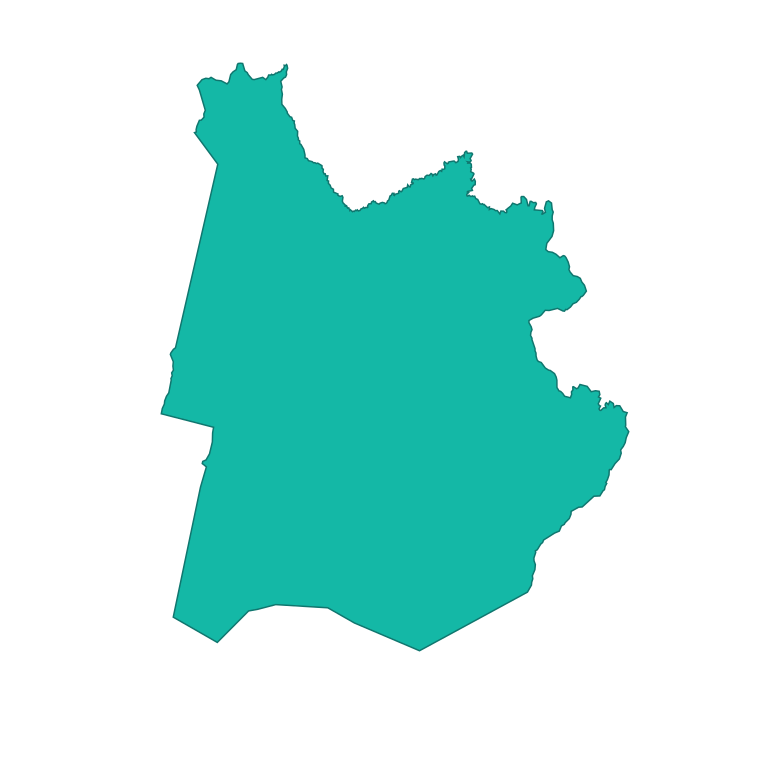 Goudiry, Tambacounda, Senegal (Natural Earth projection), rotated 193°
{"feature_id": "50182788B18390590381778", "entity_name": "Goudiry", "entity_type": "district", "adm_level": 2, "iso_a3": "SEN", "parent_name": "Senegal", "parent_adm1": "Tambacounda", "projection": "natural_earth1", "projection_center": [-12.97, 13.973], "detail": "fine", "context": "isolated", "style": "filled", "palette": "teal", "viewbox_px": 768, "rotation_deg": 193, "n_neighbors": 0, "source": "geoboundaries", "source_scale": "gbopen_adm2", "svg_char_len": 6169}
<svg xmlns="http://www.w3.org/2000/svg" viewBox="0 0 768 768"><g transform="rotate(193 384 384)"><path d="M488.3,94.7L464.9,132.4L456.5,136.0L439.9,144.7L388.4,153.3L359.1,144.5L289.4,132.1L197.4,213.5L195.1,221.2L195.5,224.1L195.2,227.6L196.3,230.6L195.2,237.0L195.9,242.1L198.0,245.4L198.8,248.1L198.3,254.0L199.0,255.5L197.4,256.9L195.3,263.2L193.8,265.2L193.4,267.9L184.3,277.1L180.1,280.1L179.2,285.6L176.8,287.8L176.3,289.6L173.2,294.6L172.5,299.1L173.0,302.0L166.7,307.7L163.2,308.8L154.2,321.9L148.5,323.5L146.6,329.1L145.4,330.6L145.5,334.0L144.6,337.2L145.7,337.9L144.8,341.1L144.3,346.0L145.2,350.9L144.8,351.5L143.4,351.6L141.0,358.4L137.8,363.9L137.3,369.9L138.6,373.0L136.8,377.0L135.8,381.1L135.9,386.2L134.8,392.6L139.2,396.7L139.2,398.2L141.3,406.2L140.6,410.7L144.7,411.0L149.4,415.8L152.8,415.2L154.5,412.9L156.2,416.6L160.1,418.1L160.8,414.4L163.1,415.8L163.7,415.0L163.8,413.3L162.4,410.8L164.7,410.1L166.8,407.0L167.7,406.9L168.9,408.1L168.1,411.2L169.4,411.5L170.8,412.9L169.6,418.9L172.1,419.6L171.3,422.2L172.7,425.3L176.4,425.0L180.4,423.1L185.5,427.4L192.9,427.6L194.0,423.8L195.3,422.7L198.8,424.0L199.4,423.6L198.6,420.8L199.6,418.5L198.8,416.1L199.3,412.5L205.3,412.7L207.7,415.0L210.2,416.5L212.0,416.7L214.7,419.5L216.4,426.6L217.8,429.5L220.2,432.5L225.1,434.6L226.6,434.5L230.5,435.9L235.6,440.3L238.7,440.7L240.3,442.0L242.1,445.4L242.9,448.4L244.3,450.3L244.8,452.4L249.9,460.7L250.1,461.9L252.1,464.2L252.5,467.5L252.0,470.2L253.4,472.8L256.6,476.4L257.0,478.5L253.7,481.6L247.7,485.0L246.2,486.8L243.5,492.1L239.6,492.8L231.9,496.7L226.1,495.4L224.5,495.6L223.8,497.5L222.4,497.6L219.6,501.0L217.9,504.7L214.9,506.9L212.7,510.7L211.7,513.5L210.8,513.8L209.7,515.3L207.7,520.0L210.9,525.3L214.2,527.9L216.5,531.1L219.8,532.2L224.0,532.1L228.0,535.1L229.6,537.2L229.6,539.9L232.0,544.3L235.1,548.1L236.8,549.4L238.2,549.4L241.0,546.6L245.5,549.1L249.5,550.2L253.8,549.9L256.6,551.4L257.0,557.7L253.5,565.6L253.2,571.5L255.2,578.7L257.1,581.9L257.9,585.6L257.8,589.6L259.3,591.6L261.5,598.0L264.9,599.5L266.8,598.0L267.1,591.3L265.3,587.6L267.8,585.2L268.4,585.2L267.8,587.6L268.7,588.6L276.7,587.5L276.8,590.2L276.0,593.8L277.0,595.0L279.4,594.3L281.7,595.1L282.7,594.8L282.7,590.3L283.8,590.1L286.7,595.9L290.0,598.1L292.1,597.6L292.5,596.9L291.0,591.3L294.5,588.5L299.3,589.1L300.5,585.9L303.5,582.2L303.5,581.3L304.1,581.2L303.0,579.3L303.3,578.4L304.9,578.3L306.3,579.3L309.0,578.8L309.4,575.8L312.7,578.5L314.3,578.0L316.1,578.8L319.2,579.0L320.6,577.7L321.1,580.2L322.7,579.1L326.9,581.5L327.4,581.1L328.7,581.8L329.6,581.1L331.1,581.2L334.2,584.9L336.3,585.3L337.9,587.4L339.4,586.7L340.0,587.2L341.6,586.2L343.6,587.1L344.6,585.9L345.6,586.1L346.0,587.5L344.6,589.6L346.0,589.9L345.7,590.5L341.4,592.5L342.6,594.4L341.2,597.9L340.0,598.7L340.6,602.0L342.1,604.0L343.7,601.6L344.6,601.7L345.5,602.7L345.7,603.2L344.9,603.3L343.6,608.9L344.2,609.6L347.3,610.4L347.3,612.8L348.2,614.0L347.5,614.7L348.4,617.8L349.6,618.6L352.0,618.1L351.8,618.9L352.5,619.3L350.6,619.4L349.5,620.7L349.4,621.4L350.8,622.9L349.4,627.9L350.4,628.8L354.7,627.6L355.8,629.3L356.4,629.3L357.5,627.7L357.1,623.4L358.3,624.8L359.8,623.2L360.3,621.8L361.5,622.8L363.3,622.1L362.0,619.7L361.9,617.6L363.7,615.8L365.7,617.0L366.5,616.8L370.5,615.1L371.2,614.5L371.1,613.4L372.0,612.8L375.0,614.1L375.3,612.9L374.6,610.8L373.8,610.2L373.2,607.4L374.4,606.5L375.7,606.4L375.7,604.2L377.1,604.7L378.4,603.4L379.4,599.7L380.1,599.2L381.0,600.4L382.7,599.3L383.2,597.8L384.4,599.3L385.5,599.7L386.8,597.4L389.1,597.1L390.6,595.4L390.6,594.0L391.3,592.7L393.5,592.9L394.2,592.2L395.2,592.4L396.6,590.8L399.4,590.7L400.4,590.0L401.6,590.5L402.4,590.0L402.5,586.5L400.9,586.5L400.7,585.8L402.9,584.0L402.8,582.0L403.9,581.9L405.7,583.4L405.6,580.8L409.2,578.8L409.8,576.2L410.6,575.1L412.5,575.8L413.0,575.1L412.6,573.1L415.8,571.4L416.3,570.0L417.0,570.3L417.2,572.0L418.8,571.7L419.4,569.4L420.4,568.6L420.7,564.4L421.8,563.0L421.8,561.6L422.7,560.3L423.5,559.9L424.2,560.5L426.4,560.6L428.5,559.3L429.2,558.1L432.2,558.5L433.6,559.8L434.9,559.3L435.5,560.1L437.1,558.5L437.1,556.8L439.3,556.1L440.0,554.1L439.6,552.6L440.0,552.1L441.2,552.1L442.6,550.9L443.7,551.6L444.5,550.2L445.8,549.5L446.3,547.8L448.0,546.8L449.2,547.7L449.9,546.7L450.8,547.0L451.8,545.4L452.9,545.5L453.5,544.8L455.6,546.0L456.3,545.4L456.4,546.4L457.6,546.9L458.0,547.7L459.1,547.2L460.6,549.3L461.4,548.6L461.8,548.5L462.1,549.7L464.7,551.3L465.7,552.8L466.0,556.6L467.1,558.0L468.8,557.0L470.1,557.1L471.5,557.6L471.6,558.8L476.3,559.6L477.1,562.4L479.7,563.2L481.2,565.6L483.3,567.0L483.7,569.3L485.2,569.5L485.6,574.2L487.5,573.6L488.6,575.6L489.6,575.2L491.2,577.2L491.4,579.6L492.8,580.2L493.6,582.8L498.2,584.3L499.6,583.6L501.1,584.1L502.5,583.7L504.0,584.5L507.8,584.6L509.5,586.4L511.9,586.6L512.5,589.4L515.0,594.6L518.8,598.7L520.2,599.2L520.8,601.9L522.5,602.7L522.7,604.2L524.1,606.1L525.0,610.8L528.1,613.2L529.4,616.8L530.3,618.1L530.5,620.1L532.2,620.3L534.0,623.1L535.8,623.3L539.2,626.2L539.4,627.2L542.2,630.3L546.4,633.5L547.7,638.4L548.2,643.5L550.2,647.9L550.1,650.5L552.7,655.7L550.6,659.5L549.0,660.9L548.5,663.5L549.4,666.2L548.9,669.9L550.2,672.8L550.9,673.3L551.3,672.2L553.0,672.1L552.5,671.0L552.9,667.9L554.0,667.8L554.4,666.0L556.3,664.1L556.8,664.4L558.1,662.9L559.4,662.6L560.4,661.0L562.1,660.1L563.2,660.5L563.6,659.7L565.9,659.1L566.2,656.9L567.6,654.0L571.2,655.5L578.9,651.4L580.9,651.2L585.9,654.9L587.3,656.6L590.0,657.8L593.8,664.5L595.9,664.3L598.2,663.5L598.7,662.4L598.7,657.0L601.3,654.2L603.0,651.1L603.1,643.5L604.4,641.1L610.8,642.8L616.1,642.2L621.5,643.9L623.2,642.1L626.4,641.8L629.8,639.6L633.2,633.0L630.0,628.9L619.7,610.5L620.3,606.6L619.4,603.5L621.4,600.0L623.2,599.4L624.3,593.1L624.3,589.7L623.6,587.3L625.2,586.3L595.4,560.8L595.3,372.4L597.0,370.4L598.7,366.2L598.8,364.7L594.3,358.3L593.7,353.9L592.3,350.1L593.4,347.1L592.2,344.4L592.8,341.3L592.2,340.0L591.7,327.0L593.2,323.1L593.9,318.2L593.5,315.1L594.5,310.3L594.3,304.9L540.3,303.5L540.0,297.8L538.2,288.9L538.3,276.7L540.3,270.0L543.2,267.8L543.2,265.6L538.4,263.3L539.6,242.3L536.9,109.4L488.3,94.7Z" fill="#14b8a6" stroke="#0f766e" stroke-width="1.5"/></g></svg>